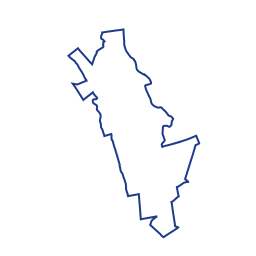 outline of Silistea, Constanta, Romania, rotated 109°
{"feature_id": "2599482B45895397072447", "entity_name": "Silistea", "entity_type": "district", "adm_level": 2, "iso_a3": "ROU", "parent_name": "Romania", "parent_adm1": "Constanta", "projection": "robinson", "projection_center": [28.219, 44.429], "detail": "fine", "context": "isolated", "style": "outline", "palette": "blue", "viewbox_px": 256, "rotation_deg": 109, "n_neighbors": 0, "source": "geoboundaries", "source_scale": "gbopen_adm2", "svg_char_len": 5316}
<svg xmlns="http://www.w3.org/2000/svg" viewBox="0 0 256 256"><g transform="rotate(109 128 128)"><path d="M212.4,75.5L213.0,74.1L217.9,62.7L218.7,61.5L218.9,61.2L219.7,58.9L213.7,54.3L210.5,51.7L206.0,48.3L205.7,48.2L205.7,48.5L205.5,49.7L205.6,51.4L201.7,53.4L198.1,55.3L189.5,59.8L184.0,62.6L183.9,62.8L182.9,62.0L181.9,61.2L178.9,59.6L177.5,58.9L176.7,58.2L176.2,57.8L173.6,59.4L169.9,61.5L168.1,62.6L167.9,62.6L167.4,61.9L167.3,61.7L167.1,61.6L167.0,61.4L166.4,60.9L162.7,58.2L161.7,57.4L161.1,56.7L160.2,55.4L159.4,53.6L159.1,53.8L157.7,57.4L150.4,57.6L143.2,57.8L136.7,58.0L135.6,58.0L131.4,58.1L127.1,58.3L122.2,58.5L120.3,56.4L119.6,55.8L119.3,55.7L117.4,57.3L115.3,59.1L113.9,60.3L113.3,60.8L113.1,61.0L114.3,62.3L117.0,65.3L119.6,68.4L119.7,68.5L122.3,71.9L124.4,74.6L124.2,74.6L124.7,75.4L124.9,75.4L126.1,77.0L126.4,77.5L127.3,78.7L127.2,78.7L127.5,79.1L130.5,83.4L132.5,86.5L134.2,89.1L134.7,89.4L134.5,89.7L132.8,90.7L132.4,90.8L132.0,90.8L130.7,90.3L128.7,89.4L128.2,89.3L127.3,89.4L126.7,90.0L126.1,90.4L123.6,92.4L122.5,93.3L122.2,93.5L119.6,94.2L115.6,95.3L114.8,95.2L114.4,94.9L113.3,92.2L113.2,91.8L113.3,90.8L113.4,90.5L113.5,89.9L113.4,89.3L113.3,89.0L112.8,88.7L111.1,87.9L110.9,88.0L110.5,88.1L109.1,88.4L107.7,88.7L107.3,88.7L106.6,88.6L105.3,88.3L104.8,88.3L104.6,88.3L103.9,89.3L103.6,90.0L103.1,90.7L103.0,93.8L102.8,94.0L102.7,94.0L101.6,95.8L101.2,96.3L100.4,97.6L100.0,98.3L99.8,98.9L98.1,102.5L97.8,102.9L97.7,103.3L97.9,104.2L98.1,104.7L98.6,105.2L99.1,106.9L99.1,107.1L98.9,108.5L98.7,110.5L98.7,110.4L98.5,111.1L97.8,112.5L97.2,113.6L96.8,114.0L94.3,115.6L93.4,116.1L92.8,116.6L90.9,118.6L88.3,121.1L86.6,122.7L85.7,123.5L84.4,124.4L83.2,125.2L82.7,125.4L82.4,125.5L82.2,125.5L81.8,125.2L81.2,124.4L79.8,122.3L79.2,121.4L78.8,121.0L78.4,120.8L77.8,121.0L77.2,121.2L77.0,121.3L76.5,121.8L75.8,122.5L75.0,123.2L74.5,123.8L74.1,124.8L73.1,126.9L72.7,128.1L72.3,128.8L72.0,129.7L72.4,129.8L71.9,132.6L71.4,135.0L71.3,135.5L71.2,135.9L70.8,136.6L70.6,137.4L70.3,137.9L70.2,138.1L69.5,138.8L68.5,139.6L68.2,139.7L67.4,140.0L66.1,140.7L65.6,140.9L65.2,141.1L64.9,141.3L64.6,141.6L62.7,142.9L62.5,143.1L62.3,143.6L62.1,144.1L62.0,144.3L61.8,144.4L61.2,144.7L61.1,144.9L61.0,145.1L60.8,145.7L60.6,146.7L60.6,146.8L60.1,148.5L60.0,148.9L59.8,149.2L58.9,150.3L58.6,150.9L57.8,151.9L56.5,153.7L56.2,154.2L55.8,154.7L55.4,155.1L54.8,155.6L53.5,156.6L52.4,157.4L51.6,158.0L50.9,158.5L49.2,159.1L46.3,160.2L41.3,162.4L36.3,164.4L38.7,168.9L38.7,169.1L39.9,171.5L41.3,174.2L42.6,176.7L43.2,178.0L45.3,181.9L46.1,183.5L46.6,183.2L47.0,183.1L48.0,183.2L49.7,183.3L50.4,183.2L51.2,183.0L51.9,182.6L52.2,182.3L52.5,181.7L52.5,180.5L52.7,180.1L53.8,178.4L54.8,179.3L55.2,179.0L55.7,178.9L56.7,178.7L57.2,178.7L57.7,178.7L58.0,178.4L58.4,178.0L58.8,177.8L59.3,177.8L59.9,178.0L60.4,178.4L62.3,180.0L65.4,182.3L66.0,182.5L66.5,182.2L66.8,182.0L67.3,182.0L70.9,182.6L71.7,182.7L71.8,182.7L72.1,182.7L73.9,182.7L79.5,182.7L79.0,183.6L78.6,184.4L76.7,187.8L75.3,190.2L74.3,192.0L72.2,195.8L70.2,199.4L68.9,201.3L72.3,203.4L77.2,206.6L77.6,206.8L78.5,207.4L79.1,207.8L80.0,206.1L80.7,204.4L81.3,202.7L81.8,201.2L82.0,200.4L82.4,199.6L83.1,198.9L83.5,198.4L83.8,197.8L84.2,196.9L84.9,196.0L86.8,194.1L89.1,191.2L90.0,190.0L90.6,189.3L91.6,188.2L93.3,186.5L94.6,185.3L95.1,184.8L95.4,184.5L95.6,183.9L95.9,183.3L96.4,182.9L96.8,182.6L96.9,182.8L98.0,184.0L102.6,189.3L103.2,190.0L103.4,190.3L104.1,194.7L105.2,193.1L108.5,188.7L113.5,182.5L116.0,179.4L112.4,177.1L105.7,172.8L106.1,172.4L106.6,171.9L107.1,171.3L107.7,170.3L108.5,168.9L108.9,168.0L109.4,167.3L109.5,167.2L109.7,166.9L110.0,166.9L110.4,167.0L110.8,167.2L111.0,167.5L111.3,167.8L111.5,168.5L111.8,169.2L112.0,169.6L112.3,169.9L112.7,170.2L113.1,170.2L113.7,170.2L114.0,170.1L114.7,169.7L115.3,169.4L115.8,168.7L116.1,167.7L116.6,165.8L116.8,165.0L117.1,164.6L117.5,164.3L118.9,164.0L120.1,163.6L120.7,163.4L121.0,163.1L121.2,162.7L121.3,162.7L121.8,161.9L122.3,160.8L122.8,160.2L123.2,159.4L123.5,159.0L124.1,158.5L124.9,158.1L126.1,157.6L127.3,157.4L128.1,157.3L129.4,157.1L130.2,156.9L130.5,156.7L131.3,156.3L132.2,155.6L132.8,155.1L133.1,154.9L133.9,154.6L134.9,154.3L135.5,154.0L136.0,153.8L136.5,153.4L136.9,152.8L137.4,152.2L138.0,151.6L138.9,150.9L140.1,150.1L141.1,149.3L141.8,148.7L143.3,147.7L139.5,142.4L139.1,141.9L139.4,141.6L140.8,141.0L141.1,140.9L141.7,140.8L142.3,140.5L143.3,140.2L143.8,139.9L144.4,139.4L144.6,139.3L144.9,138.5L150.3,134.8L153.0,132.6L153.5,132.3L154.6,131.6L156.2,130.4L160.6,127.3L165.7,123.7L166.0,123.7L166.5,123.6L167.7,122.9L168.1,122.4L168.5,122.3L169.4,121.9L169.9,121.6L170.8,121.0L171.2,120.7L171.9,119.9L172.4,119.4L172.6,118.7L174.0,117.7L174.9,117.0L176.4,115.8L179.1,113.7L180.9,112.3L181.7,111.8L182.6,111.4L183.3,111.2L183.8,111.0L184.7,110.4L184.8,110.3L185.7,110.3L186.2,110.2L186.5,110.0L187.3,109.3L188.0,108.8L188.2,108.6L189.0,108.2L189.5,107.7L189.8,107.4L190.1,107.1L191.0,106.7L191.6,106.4L191.5,106.1L191.7,105.9L192.2,105.8L192.4,105.7L190.2,101.9L187.0,96.2L189.4,95.2L193.5,93.4L201.5,89.9L210.1,86.2L205.8,78.5L203.6,74.5L202.4,72.4L202.6,72.3L202.8,72.2L202.9,72.4L203.3,72.7L203.9,73.1L204.6,73.6L205.7,74.3L206.3,74.7L206.7,74.9L207.3,75.1L208.0,75.4L209.3,75.5L210.3,75.5L210.8,75.5L211.5,75.4L211.9,75.4L212.4,75.5Z" fill="none" stroke="#1e3a8a" stroke-width="2"/></g></svg>